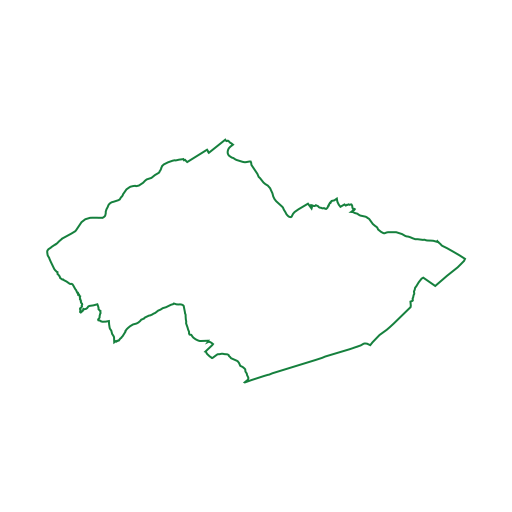 Melinesti, Dolj, Romania, rotated 342°
{"feature_id": "2599482B7239267207369", "entity_name": "Melinesti", "entity_type": "district", "adm_level": 2, "iso_a3": "ROU", "parent_name": "Romania", "parent_adm1": "Dolj", "projection": "orthographic", "projection_center": [23.668, 44.557], "detail": "fine", "context": "isolated", "style": "outline", "palette": "green", "viewbox_px": 512, "rotation_deg": 342, "n_neighbors": 0, "source": "geoboundaries", "source_scale": "gbopen_adm2", "svg_char_len": 5992}
<svg xmlns="http://www.w3.org/2000/svg" viewBox="0 0 512 512"><g transform="rotate(342 256 256)"><path d="M453.9,323.3L449.7,318.2L444.6,312.5L440.1,307.6L436.4,304.0L435.9,303.4L435.0,301.4L434.1,300.0L433.7,298.9L433.1,298.2L433.0,297.8L432.8,297.9L432.6,298.5L429.3,296.3L427.3,295.5L423.5,294.1L422.3,293.4L421.3,292.6L419.6,292.2L415.2,290.1L412.6,289.2L410.4,287.5L408.6,285.9L406.8,284.6L405.1,283.8L404.1,283.0L401.7,280.3L396.7,276.7L389.1,274.2L387.7,274.0L385.2,274.1L384.7,273.9L384.1,273.5L382.4,271.7L380.3,268.5L380.2,267.1L379.8,265.8L378.7,264.4L377.0,261.7L375.1,255.8L374.4,254.8L373.8,254.4L373.5,253.6L372.4,252.5L367.6,249.7L366.2,248.2L365.6,247.2L363.3,245.7L361.8,244.2L360.2,243.5L361.2,243.2L362.0,242.7L363.6,242.6L364.4,242.0L364.0,241.5L363.0,241.2L362.7,240.6L362.7,239.2L363.0,238.2L362.8,236.7L362.7,236.5L362.5,236.3L360.7,236.2L360.0,235.5L358.8,235.7L358.4,235.4L357.0,235.8L356.7,235.4L356.1,234.3L351.5,235.3L350.6,232.8L350.2,230.0L350.3,228.3L350.6,226.4L347.7,227.3L344.9,227.0L344.5,227.5L343.7,227.9L343.1,228.7L342.9,228.7L342.9,228.2L342.7,228.3L341.1,229.8L340.8,230.1L340.8,230.5L340.3,230.5L339.0,232.1L337.4,232.9L336.4,232.5L336.0,231.8L335.2,231.4L334.5,231.4L333.7,231.1L333.0,230.4L331.6,229.7L330.9,229.0L330.4,227.8L328.6,226.2L327.5,226.6L326.9,226.5L326.2,226.2L325.4,225.4L324.4,224.8L324.2,227.0L323.5,228.0L321.6,222.3L310.9,224.7L306.3,226.1L304.3,227.3L302.0,229.6L301.2,229.8L300.3,229.4L299.4,228.7L298.7,227.6L297.9,225.8L297.5,223.4L296.8,220.6L296.6,218.3L296.2,217.3L292.1,210.1L291.2,207.6L290.8,204.8L291.0,201.5L290.5,197.4L290.4,196.0L289.0,192.7L287.1,190.5L285.8,188.4L283.9,183.2L283.0,181.6L282.7,178.3L279.8,168.0L280.2,165.8L280.1,164.5L279.0,164.1L275.1,163.6L273.9,163.2L272.2,162.2L267.1,158.6L266.0,157.5L264.8,155.9L263.5,155.0L262.4,153.7L261.2,152.0L260.9,150.7L260.9,149.2L261.5,147.6L262.2,146.5L263.3,145.3L264.4,144.6L265.9,143.9L268.5,143.0L267.4,141.3L266.2,140.0L265.7,138.7L265.1,137.8L264.8,137.6L263.7,137.7L263.3,137.4L262.9,136.7L262.7,135.9L243.0,143.3L242.7,142.5L242.7,141.3L242.3,139.8L219.6,145.4L218.5,143.3L218.3,142.7L217.1,142.7L216.9,141.4L216.7,141.4L212.6,140.6L210.1,140.4L208.8,140.2L208.2,139.8L206.1,139.6L201.4,139.7L196.7,140.4L194.5,141.4L194.4,141.7L193.3,142.7L192.8,143.6L191.4,145.1L190.5,145.7L189.8,146.6L189.0,146.9L184.9,147.8L180.7,149.4L175.7,149.4L173.8,150.1L171.2,151.5L166.4,152.8L163.9,152.6L163.2,152.3L162.8,151.9L160.5,151.5L158.0,151.3L157.0,151.5L153.4,152.6L148.5,156.3L148.0,157.1L146.8,158.0L145.7,158.5L143.9,160.1L142.3,160.4L137.5,160.4L135.5,160.3L133.9,160.6L132.2,161.4L131.3,162.1L130.0,163.7L128.2,165.4L126.8,167.4L126.3,168.9L125.4,170.5L124.7,171.3L123.7,171.8L121.9,172.3L112.8,169.2L109.9,168.4L105.0,168.3L100.5,169.9L92.6,176.1L91.7,176.6L87.5,177.6L76.2,179.7L76.6,179.8L73.4,181.1L70.7,182.5L69.1,183.1L69.0,182.9L64.4,184.2L63.3,184.7L60.7,185.4L59.3,186.4L58.9,187.0L58.5,188.3L58.1,190.8L58.2,191.7L58.7,193.8L58.7,194.8L59.0,197.9L60.1,206.0L60.6,207.5L61.2,208.6L61.6,209.5L62.2,209.9L61.7,211.9L62.4,213.0L62.7,214.2L63.0,214.7L62.9,216.3L64.6,218.6L65.3,218.7L65.8,219.6L67.9,221.7L70.2,224.8L71.0,225.3L72.0,225.5L72.7,226.2L73.1,227.6L73.9,231.7L74.4,233.0L74.5,234.9L75.3,235.8L75.3,236.1L74.9,236.4L75.3,237.0L74.8,237.9L75.3,238.3L75.8,238.3L75.9,239.7L76.2,240.0L75.7,240.4L75.7,241.8L75.2,242.5L75.2,242.8L75.6,243.2L75.5,244.2L75.7,244.8L75.3,245.2L75.2,246.4L75.8,247.5L75.7,248.5L74.9,249.3L74.9,250.2L73.7,251.1L72.6,251.4L72.2,252.0L72.5,253.1L72.1,253.4L72.0,254.0L71.5,254.6L71.4,254.9L71.9,255.6L74.3,254.6L75.1,253.8L75.2,253.2L75.6,253.1L75.8,253.6L78.3,253.7L79.4,253.3L80.9,252.2L82.1,252.0L86.1,252.7L90.2,252.9L90.3,254.9L90.2,256.8L89.8,257.8L90.3,259.1L91.1,260.3L90.7,260.8L90.6,262.0L90.5,262.3L89.7,263.1L89.4,263.7L88.6,264.9L88.5,265.7L87.7,266.7L86.5,267.4L86.6,267.6L86.3,267.9L86.2,268.4L88.1,269.6L88.4,270.3L89.7,271.1L92.9,272.0L96.0,272.4L95.2,275.5L94.7,278.6L94.6,279.8L94.7,280.3L95.3,282.2L95.1,285.7L95.7,287.8L95.9,289.3L94.5,294.3L95.1,294.1L96.0,293.5L96.4,293.8L96.9,293.8L96.5,294.2L96.7,294.3L97.5,293.8L98.0,294.1L99.0,293.8L99.2,294.0L99.5,294.0L101.3,292.6L102.6,292.2L103.1,291.7L104.3,291.1L108.5,287.6L108.5,287.1L110.4,285.7L112.0,284.9L114.5,283.9L117.9,283.1L121.5,283.3L123.6,282.9L125.8,282.0L127.2,281.1L129.0,281.0L130.2,280.7L130.3,280.8L131.3,280.2L135.8,279.6L137.0,279.8L139.1,279.6L140.5,279.2L142.6,279.0L146.1,277.7L148.6,277.5L151.2,276.8L154.6,276.9L160.2,276.1L162.3,276.2L163.2,275.8L165.4,277.4L167.4,278.2L168.8,278.5L170.4,279.3L171.4,280.3L171.8,281.2L171.0,287.7L170.8,288.5L170.9,289.9L170.7,290.8L170.4,291.7L169.7,294.5L169.4,296.7L168.7,298.5L168.8,302.9L168.7,304.9L168.9,307.3L168.8,307.8L168.4,308.8L168.5,310.1L168.8,310.4L170.1,311.0L170.7,313.1L171.2,314.3L172.8,316.5L174.4,318.1L175.8,319.2L176.6,319.6L184.3,321.8L183.8,322.2L184.0,322.7L183.6,323.0L184.5,322.9L185.8,323.7L186.8,324.8L187.9,326.5L186.9,327.2L178.3,331.3L178.8,331.7L179.0,333.3L179.3,334.2L181.0,337.3L181.8,338.2L182.4,339.3L182.7,339.5L183.5,339.4L188.3,337.8L189.2,337.6L190.9,338.1L193.4,338.4L194.7,339.0L195.7,339.6L198.2,340.6L199.3,341.6L199.5,343.0L200.1,343.9L200.7,345.5L205.4,349.7L206.1,350.5L206.8,352.5L207.1,355.6L209.0,357.4L210.2,359.3L210.7,360.4L210.6,361.2L210.3,362.3L210.3,362.8L210.9,364.9L210.7,366.5L211.1,369.2L210.8,370.3L210.0,371.2L206.2,372.7L206.3,372.8L213.2,372.6L226.3,372.6L230.6,372.7L231.7,372.9L235.4,372.6L280.3,373.3L287.5,373.3L290.8,373.0L316.3,373.6L327.9,373.4L331.2,372.7L332.5,372.8L334.5,373.7L337.1,376.1L340.1,374.1L349.1,369.3L357.5,366.6L361.3,365.0L365.9,362.9L387.2,352.4L387.9,351.0L388.8,347.1L390.9,347.0L391.3,346.8L391.5,346.5L391.6,345.6L391.9,344.7L392.5,344.2L393.8,341.9L394.7,341.0L395.0,340.3L395.1,339.4L395.3,338.5L396.4,337.3L397.6,335.3L398.9,334.5L402.6,331.3L406.5,328.7L408.4,328.3L417.2,339.9L431.7,333.8L444.3,329.1L452.3,325.0L453.9,323.3Z" fill="none" stroke="#15803d" stroke-width="2"/></g></svg>